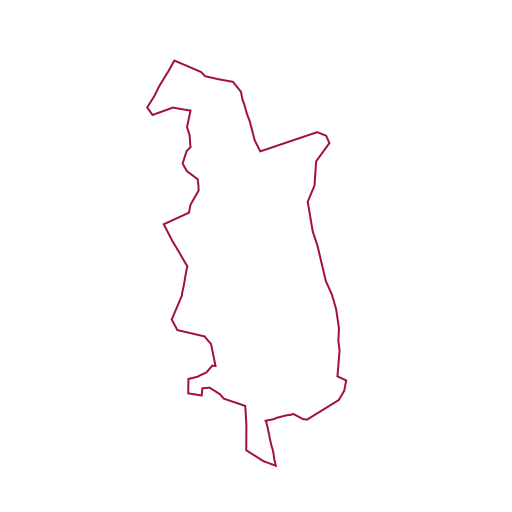 outline of Ahoada East, Rivers, Nigeria, rotated 167°
{"feature_id": "59680162B72068294191364", "entity_name": "Ahoada East", "entity_type": "district", "adm_level": 2, "iso_a3": "NGA", "parent_name": "Nigeria", "parent_adm1": "Rivers", "projection": "robinson", "projection_center": [6.655, 5.061], "detail": "fine", "context": "isolated", "style": "outline", "palette": "rose", "viewbox_px": 512, "rotation_deg": 167, "n_neighbors": 0, "source": "geoboundaries", "source_scale": "gbopen_adm2", "svg_char_len": 1368}
<svg xmlns="http://www.w3.org/2000/svg" viewBox="0 0 512 512"><g transform="rotate(167 256 256)"><path d="M291.6,464.8L300.2,455.3L302.0,453.6L308.2,447.2L312.3,443.0L318.8,435.0L328.6,425.2L325.1,416.7L303.4,419.3L296.8,416.4L287.1,412.4L294.2,397.2L293.5,388.6L295.2,378.1L295.1,377.0L300.0,373.8L306.7,362.6L304.3,354.3L295.5,343.8L296.3,337.6L297.1,332.8L308.2,320.8L311.6,313.3L338.7,307.7L334.1,289.3L330.2,277.5L327.1,267.1L325.2,261.5L328.4,254.5L332.2,245.3L336.4,236.2L337.0,234.2L352.4,213.1L349.3,201.5L324.2,189.2L322.2,185.1L319.6,180.4L320.2,158.0L323.3,159.0L330.5,153.7L338.2,152.1L339.6,151.5L349.5,151.4L352.9,137.4L340.3,132.3L338.0,139.2L330.9,138.2L322.3,129.5L319.4,124.2L300.2,112.3L303.4,93.4L309.2,68.9L294.9,54.4L283.9,47.2L283.9,54.2L283.4,59.1L283.3,64.8L283.6,66.1L283.6,76.4L283.4,77.6L283.3,88.6L283.4,91.9L283.7,93.3L274.8,93.0L273.1,93.6L270.8,93.7L262.0,93.9L257.2,93.4L255.3,93.8L246.7,86.4L243.0,85.1L207.7,97.1L200.4,104.8L196.1,114.5L203.7,120.4L195.9,144.9L194.8,155.0L191.4,167.0L189.9,186.2L190.7,201.2L193.6,215.9L193.8,252.5L195.2,267.0L193.4,297.2L183.1,311.6L176.1,334.7L159.1,349.5L160.6,357.4L168.5,362.9L228.3,357.0L231.2,368.8L231.8,388.6L232.9,396.9L233.4,407.4L233.9,410.1L233.9,414.1L233.7,419.3L239.3,430.9L252.6,436.6L265.1,442.6L268.1,447.6L291.6,464.8Z" fill="none" stroke="#9f1239" stroke-width="2"/></g></svg>